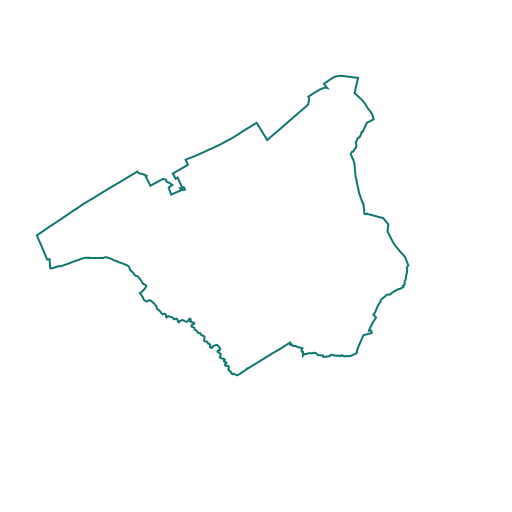 the district of Cuautitlán Izcalli, México, Mexico, rotated 238°
{"feature_id": "50627088B3961407760868", "entity_name": "Cuautitlán Izcalli", "entity_type": "district", "adm_level": 2, "iso_a3": "MEX", "parent_name": "Mexico", "parent_adm1": "México", "projection": "orthographic", "projection_center": [-99.233, 19.658], "detail": "fine", "context": "isolated", "style": "outline", "palette": "teal", "viewbox_px": 512, "rotation_deg": 238, "n_neighbors": 0, "source": "geoboundaries", "source_scale": "gbopen_adm2", "svg_char_len": 6117}
<svg xmlns="http://www.w3.org/2000/svg" viewBox="0 0 512 512"><g transform="rotate(238 256 256)"><path d="M176.1,381.9L183.2,380.6L191.4,379.6L195.0,379.4L204.7,380.4L207.0,380.4L212.8,385.0L220.8,383.9L223.8,381.0L230.0,375.3L232.2,373.1L232.9,373.1L233.0,372.9L233.0,371.6L234.5,370.3L236.2,371.1L237.0,371.8L237.8,372.3L241.8,373.9L242.8,374.5L244.4,374.7L244.5,374.5L245.5,374.7L246.4,375.0L249.6,375.6L255.4,377.0L258.2,378.1L266.6,381.1L268.6,382.0L269.9,382.2L282.6,388.6L284.7,389.0L285.7,389.5L288.9,389.8L292.2,390.4L292.8,391.2L293.5,392.7L293.1,393.7L293.1,394.1L293.2,394.3L294.1,395.6L294.6,396.7L294.7,397.7L295.3,398.4L295.5,399.0L296.4,399.5L296.8,399.9L297.9,400.3L298.9,400.5L299.5,400.8L299.7,401.1L300.9,403.3L301.8,404.2L301.9,404.5L301.7,405.3L302.0,405.6L302.1,405.9L301.9,406.5L302.0,406.7L301.9,407.0L302.0,407.3L302.4,407.6L302.9,408.6L305.2,411.4L304.7,412.1L310.2,420.6L309.6,428.2L311.7,428.9L314.4,429.6L316.8,429.6L322.2,429.1L325.8,429.1L328.1,429.2L331.0,428.8L340.0,426.5L341.9,425.8L345.7,429.7L352.3,436.3L353.0,436.9L359.7,428.6L361.6,426.4L364.3,422.8L365.3,420.5L366.0,418.3L366.4,416.7L366.4,413.2L366.0,404.9L362.2,405.1L360.8,405.4L361.7,404.5L362.3,403.5L362.6,402.3L363.3,398.6L363.5,393.2L363.4,384.8L361.8,384.6L361.1,384.3L359.4,382.9L358.3,381.8L357.3,380.9L356.9,380.5L356.6,379.9L355.6,372.8L352.3,352.1L350.5,341.3L350.1,337.7L348.4,327.0L368.6,327.1L368.7,316.6L368.8,311.2L368.6,306.2L368.6,298.4L369.1,292.4L369.4,286.3L370.2,278.5L371.3,270.9L372.2,263.2L373.3,256.1L375.0,247.4L369.4,246.6L370.0,229.1L364.0,228.8L364.1,231.1L352.9,229.6L352.6,231.2L350.0,231.0L350.4,229.3L350.8,228.8L351.2,228.6L352.5,228.3L353.4,227.6L351.4,227.3L353.1,216.6L360.4,218.2L360.5,222.7L363.4,221.5L366.5,219.5L368.1,220.1L370.7,217.9L371.1,211.8L371.5,203.7L382.1,204.7L382.1,205.6L382.6,205.4L384.5,204.1L385.9,202.9L387.5,201.2L388.6,200.5L389.9,200.0L390.5,200.1L390.6,195.1L390.7,187.6L391.0,173.3L391.2,168.1L391.3,155.1L391.3,150.3L391.6,138.1L391.2,128.3L391.3,126.0L391.0,120.0L390.6,109.6L390.2,94.5L389.6,81.1L367.6,77.7L363.7,77.0L362.7,79.3L355.9,75.6L354.4,75.1L353.5,76.8L353.0,78.7L352.3,82.3L350.7,85.2L350.2,87.3L349.0,92.6L347.5,100.9L347.2,101.1L346.1,106.8L344.9,110.5L343.9,112.1L343.4,112.3L343.2,112.6L343.4,112.8L340.7,116.6L336.8,123.1L335.3,125.3L335.0,127.1L334.4,128.3L331.0,131.2L329.0,132.6L327.2,133.5L325.1,135.4L322.4,137.2L320.7,138.7L315.7,142.2L314.1,142.6L311.6,142.1L310.1,142.0L307.6,142.8L306.4,143.0L304.7,143.0L303.4,143.2L302.9,143.5L302.4,144.1L301.1,145.0L295.8,145.6L292.8,145.4L292.3,145.5L290.1,146.8L289.2,147.1L288.6,147.0L288.1,146.3L287.1,144.1L286.1,139.8L286.2,138.0L284.8,137.9L283.3,138.1L282.5,137.9L281.8,138.2L279.1,137.8L277.8,137.8L276.1,138.6L275.5,139.1L275.1,141.7L274.4,142.9L273.6,143.3L269.7,144.4L265.9,144.9L263.8,144.0L262.8,144.4L261.0,145.2L257.4,145.6L255.9,145.9L255.7,147.5L255.5,147.9L255.2,148.1L254.5,148.2L253.4,148.3L252.2,147.5L251.7,147.5L251.8,147.7L251.4,148.3L251.4,148.8L251.4,149.4L251.3,149.8L250.4,150.7L248.0,152.6L247.2,152.9L245.8,152.9L245.4,153.8L245.1,155.1L244.4,155.7L241.4,155.2L240.7,155.3L240.5,155.6L241.0,156.5L241.1,156.9L241.0,158.7L240.7,159.6L239.3,160.7L237.7,161.5L237.2,162.0L236.9,162.7L236.9,164.4L237.9,165.6L238.1,166.2L238.0,166.5L237.8,166.8L237.2,167.0L236.9,167.0L236.4,166.8L236.0,166.6L235.2,165.6L234.8,165.7L232.4,167.9L232.2,168.1L231.9,168.1L231.6,167.9L231.4,167.8L231.3,167.2L231.5,165.0L231.2,164.4L230.8,164.1L230.4,164.0L229.9,164.1L229.5,164.3L228.7,165.1L227.9,165.6L227.3,165.6L226.5,165.2L226.1,165.0L224.3,165.9L221.7,166.1L221.2,166.3L220.9,166.6L220.4,167.6L220.2,167.7L219.3,167.8L218.0,167.7L217.4,168.0L216.7,168.7L215.7,169.3L215.1,169.5L214.6,169.4L213.5,168.7L211.8,167.2L211.4,167.1L210.9,167.3L210.4,167.7L209.6,168.9L209.4,169.0L209.1,169.2L208.7,169.3L208.1,169.0L207.2,168.9L206.6,169.2L206.2,169.8L205.6,170.1L205.1,170.1L204.4,169.8L204.0,169.6L203.4,168.8L203.0,168.6L202.4,169.0L201.4,169.8L201.4,170.5L201.6,170.8L202.2,171.5L202.2,172.3L202.0,173.7L201.9,174.0L201.7,174.9L201.3,175.7L200.0,176.3L196.8,176.5L195.9,176.3L195.8,176.2L195.3,175.0L196.0,174.1L195.6,172.8L195.2,172.6L191.7,174.2L189.7,172.6L189.4,171.7L189.0,171.5L187.5,172.4L185.4,174.5L184.4,174.5L184.1,173.2L183.3,173.0L182.5,173.8L181.8,174.1L180.9,174.3L180.4,172.0L179.0,172.0L177.6,173.8L177.2,174.3L176.0,173.9L175.3,173.5L174.7,172.6L174.2,172.4L173.5,172.2L171.6,173.3L169.9,172.9L168.2,173.3L168.2,174.5L164.8,176.8L164.6,178.2L164.8,187.2L164.9,188.4L165.1,188.3L165.3,188.5L165.3,189.0L164.9,189.9L164.8,202.8L164.8,213.6L164.6,215.6L164.9,217.0L164.6,221.1L164.5,226.2L164.4,230.7L164.5,233.5L164.5,234.8L164.6,236.3L164.5,237.6L164.6,239.1L164.1,239.0L163.4,239.0L163.1,238.8L162.9,238.0L162.7,237.9L162.3,238.1L162.1,238.5L162.0,239.5L160.8,239.6L159.8,239.9L159.4,240.6L158.9,241.7L156.4,243.3L154.3,245.5L153.2,246.4L152.6,245.3L151.6,244.6L151.0,244.2L150.4,244.3L150.2,244.5L149.9,245.0L149.6,245.1L148.7,244.4L148.1,244.2L146.7,243.1L147.2,244.9L146.2,247.0L145.6,249.3L144.0,251.6L142.9,254.5L141.2,255.6L139.1,256.0L136.2,260.0L134.6,259.7L132.1,265.2L132.1,265.7L132.4,266.2L132.5,267.2L132.1,268.0L131.4,268.4L131.3,268.6L130.5,269.0L130.3,269.9L129.1,270.9L128.9,271.3L128.4,271.6L128.5,272.1L128.4,272.5L128.0,273.0L126.6,274.1L126.4,274.3L126.4,274.8L125.9,275.8L125.9,276.0L126.2,276.1L125.7,276.6L125.2,276.9L125.0,277.0L124.8,277.2L124.9,277.3L124.8,277.5L124.4,277.9L123.8,278.2L123.7,278.4L123.6,278.8L122.0,281.7L121.3,282.7L121.1,283.3L120.8,285.1L120.4,288.2L120.4,290.1L122.1,291.4L123.6,293.0L131.9,305.1L129.4,313.3L130.4,313.9L132.0,314.0L132.8,312.2L134.3,314.2L137.8,320.0L140.2,325.2L144.1,324.5L144.8,326.7L149.6,333.4L151.4,337.6L152.5,338.3L153.1,342.1L153.4,344.4L153.8,345.8L153.7,346.9L152.5,348.6L152.5,349.9L152.7,351.5L152.8,354.5L152.5,359.0L151.9,360.3L151.5,364.5L152.1,365.0L153.0,364.9L152.9,366.4L153.4,367.3L154.1,367.7L154.9,367.9L155.7,368.7L156.4,370.1L160.6,373.7L161.5,374.8L163.9,376.8L165.3,377.5L166.5,377.9L167.3,380.2L176.1,381.9Z" fill="none" stroke="#0f766e" stroke-width="2"/></g></svg>